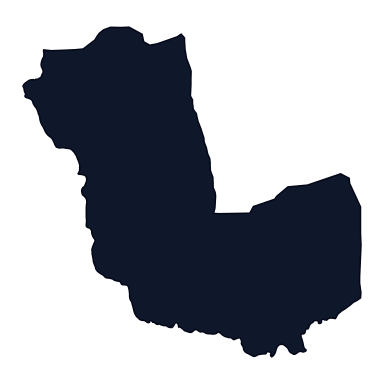 Vermaul, Shefa, Vanuatu (orthographic projection)
{"feature_id": "77236927B21234024058134", "entity_name": "Vermaul", "entity_type": "district", "adm_level": 2, "iso_a3": "VUT", "parent_name": "Vanuatu", "parent_adm1": "Shefa", "projection": "orthographic", "projection_center": [168.197, -16.741], "detail": "fine", "context": "isolated", "style": "filled", "palette": "ink", "viewbox_px": 384, "rotation_deg": 0, "n_neighbors": 0, "source": "geoboundaries", "source_scale": "gbopen_adm2", "svg_char_len": 5903}
<svg xmlns="http://www.w3.org/2000/svg" viewBox="0 0 384 384"><path d="M349.2,178.3L340.6,173.8L307.5,185.1L287.9,186.9L276.6,196.4L274.8,199.2L253.9,206.4L253.5,206.4L249.8,213.2L219.0,213.7L213.5,213.4L214.9,208.2L215.6,195.9L215.1,192.3L213.1,187.5L213.1,183.4L212.9,179.3L212.9,177.5L210.4,170.7L210.1,165.3L210.1,162.3L209.7,158.5L207.7,154.1L206.3,147.6L205.2,144.8L204.2,142.1L203.8,137.8L202.0,132.4L200.8,128.5L198.1,121.7L197.2,118.1L196.3,113.5L194.7,111.5L193.1,109.0L193.1,108.1L192.9,105.6L192.5,103.8L192.5,99.9L190.4,96.0L190.9,84.7L190.9,78.6L191.1,71.3L190.0,67.4L186.6,58.6L185.0,49.3L184.5,40.9L184.5,37.9L181.1,34.1L177.3,36.8L157.3,43.8L149.8,45.2L143.7,41.8L142.1,34.3L129.1,27.2L120.7,27.5L110.5,27.3L103.7,29.8L99.4,33.2L97.1,36.3L94.9,40.0L83.1,49.0L75.6,49.7L64.9,50.2L51.5,50.7L43.7,49.9L43.5,50.9L43.9,53.1L43.9,54.8L43.8,56.5L43.2,57.7L42.3,59.4L41.4,62.4L41.1,64.6L41.4,66.7L41.9,67.5L42.4,68.6L42.9,70.0L43.1,71.1L43.2,72.3L42.6,73.6L41.8,75.0L41.4,76.7L40.4,77.6L38.3,78.9L36.6,79.4L35.6,79.3L35.0,80.0L34.3,80.0L33.6,79.6L31.1,79.8L29.3,80.3L26.6,82.0L24.6,83.7L23.3,85.2L23.0,86.4L23.7,87.6L24.2,89.2L24.3,90.6L24.6,91.7L25.3,93.1L25.7,94.4L25.3,95.2L24.9,96.0L25.4,97.0L26.3,97.6L27.6,97.9L29.6,98.6L31.6,99.8L32.7,101.5L33.1,103.2L33.9,104.8L34.8,106.2L36.4,108.2L37.4,110.4L38.2,112.6L38.4,113.8L39.0,114.8L39.3,115.7L39.6,117.2L40.2,120.6L40.9,122.7L41.8,124.8L42.9,126.4L44.0,128.6L45.2,131.3L46.6,133.6L48.5,135.7L49.7,136.5L50.8,137.3L52.3,138.8L53.1,140.4L54.0,142.3L54.8,144.3L55.7,146.0L56.3,146.9L57.2,147.4L58.8,147.8L59.8,148.0L61.0,147.8L62.2,147.6L65.0,148.0L66.7,148.3L69.1,148.5L71.0,149.2L72.1,150.1L74.2,152.3L76.6,156.1L77.2,158.1L77.9,159.7L78.9,162.0L79.5,164.3L79.9,165.9L79.6,167.6L79.8,168.4L79.5,170.9L79.4,171.1L78.8,172.6L78.1,173.5L78.4,174.1L79.6,174.3L81.3,174.4L83.0,174.8L84.6,175.2L85.9,176.3L86.6,178.1L86.7,180.2L86.4,181.7L85.9,182.8L85.2,184.7L84.6,186.2L83.7,187.0L82.7,187.7L82.0,189.1L81.6,190.8L82.0,193.0L82.6,194.9L83.3,195.3L84.1,196.1L85.7,197.7L86.6,199.7L86.9,201.8L86.7,203.4L86.4,205.9L86.3,207.9L86.3,213.7L86.3,216.6L86.6,221.5L86.3,224.1L86.3,226.1L87.1,227.2L88.5,227.8L89.8,228.1L91.1,229.5L91.8,231.3L91.8,233.2L92.4,235.3L93.0,236.6L93.7,237.8L94.9,239.5L95.2,240.9L94.4,242.6L93.8,244.0L93.4,245.0L92.6,247.1L91.9,249.6L92.1,251.2L92.2,254.0L92.7,256.7L93.1,258.6L93.4,261.5L94.2,264.0L95.3,266.5L95.8,268.8L96.9,270.6L98.3,272.0L100.6,273.6L102.9,274.9L103.9,275.8L104.6,276.6L105.8,277.6L107.1,277.9L109.2,278.1L112.6,278.9L113.7,279.8L114.6,280.3L115.7,280.6L117.5,281.1L118.0,281.1L119.1,281.2L120.2,281.7L120.8,282.7L121.5,284.1L122.2,284.6L123.5,284.7L124.7,284.8L125.9,284.9L126.9,285.2L127.9,285.8L128.5,287.2L128.9,288.9L129.3,290.7L129.4,292.2L129.6,293.8L129.6,296.2L129.8,297.9L130.2,299.5L130.8,300.6L131.1,300.8L131.8,302.3L132.2,304.1L133.0,306.8L133.7,309.7L134.2,311.9L135.0,313.9L135.9,315.4L136.6,316.6L138.2,317.9L139.5,319.3L140.6,319.9L141.7,320.3L142.9,320.3L144.7,320.6L146.2,321.6L147.6,322.5L148.2,322.7L149.2,322.4L149.5,322.2L149.9,320.9L151.0,320.3L152.1,321.4L152.6,322.2L153.8,322.3L154.1,322.3L155.4,323.3L156.4,324.1L157.8,324.4L159.3,324.1L160.1,323.9L160.5,324.5L161.2,325.0L162.0,325.0L164.1,325.7L164.6,325.6L165.7,325.4L167.4,326.5L169.1,327.3L170.3,327.4L171.5,327.6L172.1,327.4L171.9,326.3L172.0,325.5L173.0,325.5L173.4,326.1L174.1,324.7L174.9,323.4L175.8,322.6L176.8,322.7L177.8,323.7L178.4,325.1L178.5,326.4L178.8,327.2L179.7,326.9L180.4,327.1L181.6,328.1L183.2,329.3L184.4,330.6L186.2,331.2L187.9,331.8L189.1,332.2L190.7,332.4L191.8,332.2L192.6,331.5L193.6,330.7L194.7,329.8L195.8,329.5L196.9,329.8L199.1,331.3L200.3,331.9L201.4,331.8L202.8,331.7L203.7,331.9L204.8,332.6L205.8,333.1L206.5,333.5L208.7,333.7L210.6,333.8L213.0,334.1L215.3,333.8L216.4,333.4L216.8,333.1L217.3,332.3L218.3,332.1L219.0,332.5L219.7,332.2L220.1,332.9L222.5,335.0L223.2,335.4L223.9,335.9L225.1,336.5L226.0,336.8L227.6,337.2L228.5,337.6L229.4,337.6L230.6,337.6L231.2,337.7L232.1,338.4L232.6,338.9L233.7,339.6L234.6,339.4L235.5,338.9L236.5,338.7L237.5,338.1L239.7,337.8L240.5,338.4L241.0,339.5L241.5,340.8L241.6,342.0L241.5,342.7L241.4,343.6L241.7,344.5L242.4,345.6L243.1,346.8L243.5,348.0L243.6,349.5L244.4,350.9L245.7,352.3L247.1,353.1L248.2,353.5L249.0,354.0L250.2,354.7L251.5,355.3L252.7,356.0L253.6,356.3L254.5,356.4L256.9,355.5L257.7,354.8L259.0,354.5L260.7,354.2L262.0,354.0L263.4,353.9L264.5,353.9L265.2,353.8L265.7,353.8L266.3,353.0L266.4,352.5L266.7,352.0L267.8,351.6L269.0,351.9L270.2,352.3L270.8,352.9L271.1,354.0L270.5,354.9L270.8,356.0L271.7,356.8L273.0,356.0L274.2,354.5L275.2,352.7L275.6,351.4L276.1,349.5L276.7,347.9L277.1,346.9L278.1,345.8L279.1,344.9L280.4,344.4L280.6,344.4L282.7,344.3L284.3,345.1L285.4,346.0L286.7,347.0L287.9,348.3L288.7,349.8L289.4,351.3L290.6,352.6L290.8,352.7L292.4,353.5L293.5,354.3L295.3,354.1L298.3,352.0L299.7,351.4L301.2,351.4L302.5,351.9L303.9,351.9L305.7,351.0L306.1,350.5L305.9,349.7L304.8,348.9L303.8,347.3L303.3,345.0L302.8,342.6L302.2,340.2L301.7,338.6L301.2,337.2L300.9,336.8L301.0,335.8L301.0,335.0L301.2,334.2L302.1,333.9L303.3,333.9L304.4,333.4L305.0,332.4L305.3,330.8L306.2,328.8L306.9,328.4L307.3,328.2L307.9,328.9L308.7,327.8L309.0,326.4L309.6,325.1L310.7,323.7L312.1,322.8L313.3,321.9L313.8,321.0L314.6,320.6L315.7,320.5L316.7,320.6L317.6,320.9L318.4,321.3L318.8,322.0L318.4,322.7L318.6,323.2L319.8,323.5L320.8,323.1L321.6,322.0L321.3,321.2L321.5,320.2L322.3,319.3L323.2,319.2L324.3,319.9L325.3,319.8L326.7,320.2L327.6,319.1L329.2,318.3L331.1,318.0L332.3,318.1L334.6,318.5L335.0,318.6L335.5,318.4L336.1,317.4L337.3,315.1L338.4,313.5L340.1,312.3L342.0,310.6L344.0,309.5L345.8,308.3L347.7,306.8L349.9,305.3L351.5,303.9L353.4,302.2L355.4,301.3L357.2,300.3L358.7,299.2L360.5,298.0L360.9,292.6L359.6,283.1L359.6,277.2L361.0,245.0L360.5,233.7L360.5,206.9L349.6,183.3L349.2,178.3Z" fill="#0f172a" stroke="#020617" stroke-width="1.5"/></svg>